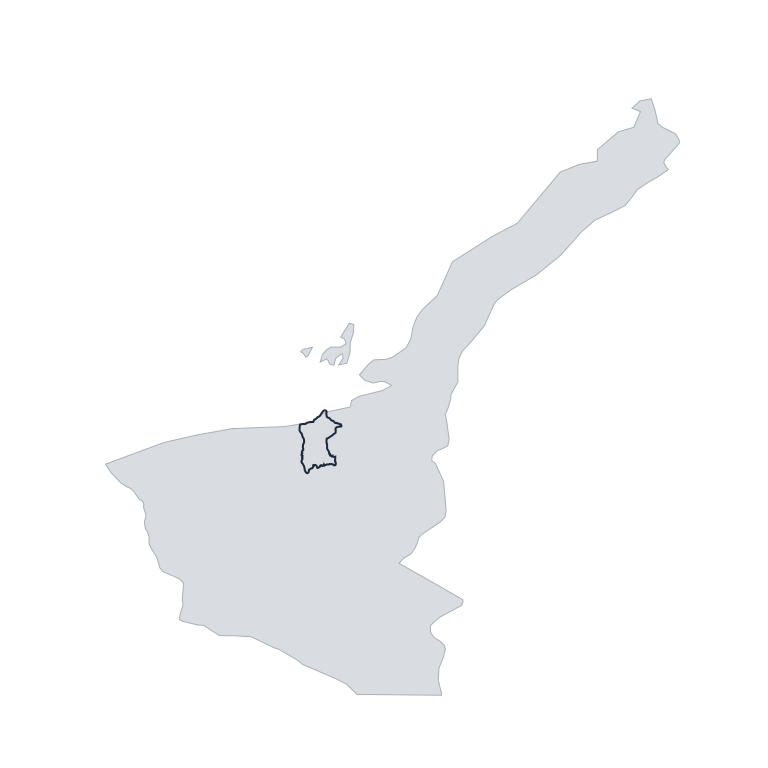 Shieb, Semenawi Keyih Bahri, Eritrea shown in context, rotated 276°
{"feature_id": "51966322B10496032300276", "entity_name": "Shieb", "entity_type": "district", "adm_level": 2, "iso_a3": "ERI", "parent_name": "Eritrea", "parent_adm1": "Semenawi Keyih Bahri", "projection": "orthographic", "projection_center": [39.092, 15.818], "detail": "fine", "context": "in_parent", "style": "outline", "palette": "slate", "viewbox_px": 768, "rotation_deg": 276, "n_neighbors": 0, "source": "geoboundaries", "source_scale": "gbopen_adm2", "svg_char_len": 7791}
<svg xmlns="http://www.w3.org/2000/svg" viewBox="0 0 768 768"><g transform="rotate(276 384 384)"><path d="M80.5,473.7L77.8,446.0L76.1,427.6L74.2,408.0L72.4,389.6L81.4,378.4L85.6,367.7L96.4,332.9L100.7,326.0L109.1,307.3L110.3,301.9L118.7,278.4L118.1,262.8L116.6,246.9L121.1,237.6L125.1,230.1L124.9,223.8L126.9,209.0L128.2,205.4L133.0,205.2L142.9,207.2L150.2,205.8L158.6,205.8L165.0,205.4L168.9,200.9L174.3,183.8L177.7,180.3L180.4,179.3L187.8,176.2L194.2,171.2L199.3,167.7L201.3,166.9L206.7,166.5L212.2,164.4L214.7,162.0L221.6,160.1L228.3,161.2L232.9,159.2L235.9,157.8L239.3,157.7L242.5,155.7L243.8,152.7L245.9,150.7L251.1,146.3L253.6,143.0L254.6,139.8L255.7,137.2L258.0,132.8L267.2,121.9L275.2,115.5L302.7,171.0L313.9,203.7L323.8,237.9L331.2,289.3L338.3,315.5L349.7,328.3L357.5,352.7L364.2,353.6L369.1,360.4L377.4,383.2L383.4,391.7L386.5,384.4L386.2,380.2L383.8,373.1L385.9,364.0L390.6,358.6L401.2,365.9L407.0,371.5L408.6,382.8L411.1,389.0L422.2,402.2L431.6,406.0L443.8,406.9L454.0,409.7L462.2,414.5L477.6,427.8L512.7,439.3L541.2,475.1L558.0,499.9L613.1,537.1L622.8,555.1L627.9,572.8L639.4,571.8L659.4,590.9L665.4,605.6L681.7,610.6L684.3,601.8L692.2,608.9L695.6,619.9L685.3,624.6L673.9,628.7L672.3,628.6L668.5,633.8L663.3,647.9L657.4,652.1L654.3,652.5L636.3,639.7L633.5,639.0L629.7,641.6L626.9,644.3L618.5,634.5L612.3,625.8L603.7,615.5L595.5,610.9L586.6,605.1L577.8,591.4L568.8,576.4L555.6,564.2L531.0,546.6L508.4,524.1L491.1,500.6L480.0,488.4L475.2,485.3L452.4,477.7L436.4,467.0L424.1,458.1L416.6,455.8L409.3,455.5L393.8,457.3L380.9,451.8L375.5,451.8L366.8,450.2L360.0,448.2L352.1,450.6L335.7,454.6L329.0,453.8L325.4,448.2L323.2,443.9L317.5,439.5L312.9,439.5L310.3,443.5L293.2,453.5L264.6,459.0L257.8,458.5L252.8,454.5L238.4,437.3L234.3,434.5L231.0,434.2L224.3,432.1L218.1,428.8L212.7,421.7L207.2,417.7L201.2,431.4L190.7,455.5L185.0,468.4L177.7,484.9L175.5,485.4L171.8,484.2L157.7,463.4L148.8,455.5L142.1,456.2L137.2,460.0L134.0,466.8L130.6,471.1L127.0,472.7L119.2,471.8L107.3,468.4L94.9,469.0L82.2,473.5L80.5,473.7ZM416.1,336.8L419.9,341.9L422.6,341.4L424.7,339.7L426.1,336.0L440.8,343.1L440.0,347.8L431.3,348.1L421.2,346.2L411.9,346.9L400.8,344.9L398.2,336.9L405.3,340.7L408.9,339.7L409.6,338.7L404.5,333.3L397.5,332.2L398.0,328.0L401.1,326.3L403.0,324.2L399.0,318.3L406.9,319.6L411.9,323.2L415.2,327.3L416.1,336.8ZM409.9,299.8L413.1,309.0L404.1,305.5L402.6,303.6L406.5,299.9L407.3,297.7L409.9,299.8Z" fill="#d9dde1" stroke="#a8b0b8" stroke-width="1"/><path d="M298.3,344.2L298.5,344.3L299.4,344.4L300.4,344.3L301.0,344.2L301.2,343.7L301.7,343.4L302.4,343.4L303.0,343.5L303.6,343.2L305.0,343.3L305.9,343.2L306.2,343.1L306.5,343.1L306.4,342.9L306.4,342.7L306.1,342.6L306.2,342.4L306.3,342.3L306.3,342.2L306.2,342.1L306.4,341.7L306.4,341.4L306.5,341.1L306.5,340.8L306.6,340.6L306.5,340.3L306.7,340.2L306.9,340.2L306.5,339.8L306.4,339.7L306.6,339.4L306.8,339.3L306.8,339.1L307.1,339.0L307.2,338.8L307.3,338.8L307.4,338.7L307.2,338.2L307.3,337.8L307.6,337.7L307.9,337.7L308.2,337.6L308.4,337.3L308.6,337.5L308.8,337.3L309.1,337.3L309.1,337.2L309.3,336.8L309.7,336.6L310.0,336.4L310.7,336.4L311.0,336.3L311.5,335.9L312.0,335.4L312.3,335.2L312.6,335.0L313.1,334.6L313.8,334.2L314.2,334.1L314.9,334.0L315.4,334.0L315.9,334.0L317.2,333.8L317.7,333.7L318.1,333.5L318.9,333.4L319.0,333.2L319.6,333.1L319.8,333.0L320.6,332.8L321.1,332.7L321.9,332.8L323.6,332.7L323.6,333.1L323.9,333.5L325.3,335.2L325.5,335.6L326.2,336.2L327.1,337.5L327.4,337.7L327.8,338.2L328.2,338.5L328.4,338.8L328.6,338.9L328.9,339.2L329.5,339.8L329.7,340.2L330.4,340.9L330.5,340.9L331.1,340.9L331.8,340.9L332.2,340.9L332.8,340.9L333.4,340.6L333.5,340.5L334.1,340.5L334.4,340.5L335.0,340.6L335.5,340.9L335.6,341.2L335.8,341.4L336.2,341.7L336.3,341.9L336.6,342.8L336.7,343.5L336.8,343.7L337.0,344.0L337.0,344.3L337.0,344.5L337.2,344.9L337.2,345.7L337.6,345.8L337.7,346.0L337.9,346.1L338.0,346.1L338.6,345.8L338.9,345.6L339.0,345.3L339.2,344.9L339.5,344.9L339.5,344.7L339.5,344.4L339.4,344.2L339.6,343.8L339.7,343.4L339.9,342.6L339.9,342.4L339.9,342.2L340.2,341.7L340.0,341.4L340.1,341.2L340.3,340.7L340.2,340.2L340.3,339.7L340.2,339.6L340.3,339.3L340.6,338.8L340.8,338.6L341.4,338.1L341.8,337.6L342.0,337.3L342.2,335.8L342.5,335.2L343.0,334.8L343.3,334.4L343.5,334.2L344.1,333.6L344.3,333.2L344.5,332.8L344.8,331.5L345.2,330.8L345.4,330.6L346.1,330.3L347.0,330.1L347.3,330.0L347.8,329.8L348.5,329.7L348.9,329.8L350.4,329.8L350.7,329.6L350.9,329.4L351.2,329.4L351.3,329.3L351.4,329.1L351.6,328.7L351.6,328.3L351.6,328.1L351.5,327.5L351.4,327.1L351.1,326.7L350.9,326.5L350.5,326.2L349.8,325.8L348.7,325.2L348.1,324.8L347.4,324.5L346.0,323.8L345.3,323.3L344.8,322.7L344.7,322.5L344.5,322.3L344.5,322.1L344.4,321.9L344.3,321.7L343.9,321.3L343.4,320.9L342.3,320.1L342.0,319.8L341.5,319.0L341.6,318.9L341.5,318.6L341.1,318.3L340.8,318.1L340.5,318.0L339.2,317.9L338.9,317.7L338.8,317.3L338.8,317.1L338.8,316.5L338.6,316.2L338.6,315.9L338.5,315.6L338.6,315.4L338.7,315.2L338.6,314.9L338.2,314.1L338.1,313.8L338.0,313.1L337.8,312.4L337.5,311.7L337.4,311.5L337.0,311.2L336.9,310.9L336.6,310.8L336.3,310.4L336.2,310.2L336.0,309.8L336.0,309.7L335.9,309.0L335.8,308.6L335.8,308.4L335.9,308.1L335.9,307.6L335.8,307.3L335.5,306.6L335.3,306.1L335.2,305.9L335.0,304.8L334.3,304.8L333.0,304.6L332.0,304.6L331.0,304.7L330.4,304.7L329.8,304.7L329.2,304.8L328.7,305.0L328.4,305.2L327.9,305.5L327.3,306.0L327.2,306.1L326.9,306.4L326.3,306.9L326.1,307.3L325.8,307.5L325.3,307.6L324.5,307.9L324.1,308.0L323.8,308.3L322.8,308.7L322.4,308.9L321.5,309.7L321.1,309.9L320.6,310.1L320.3,310.2L318.9,310.5L318.1,310.6L316.9,310.5L316.3,310.2L315.8,310.0L315.5,309.9L315.3,309.9L314.9,309.8L313.8,310.0L313.4,309.9L313.2,309.8L312.9,309.8L312.2,310.0L311.9,310.1L311.0,310.5L310.7,310.5L310.1,310.6L309.9,310.2L309.6,309.9L309.1,309.9L308.8,309.7L308.6,309.6L308.5,309.8L308.4,309.8L308.0,309.6L307.9,309.6L307.6,309.7L307.3,309.6L307.2,309.6L306.8,309.9L306.7,309.7L306.3,309.7L306.1,309.8L305.7,309.7L305.4,309.6L305.4,309.4L305.0,309.4L304.6,309.4L304.3,309.5L304.2,309.8L304.0,310.0L303.9,310.3L303.8,310.2L303.6,310.2L303.4,310.4L303.2,310.4L303.0,310.5L302.6,310.5L302.4,310.4L302.4,310.2L302.2,310.1L302.0,310.4L301.9,310.5L301.6,310.5L301.3,310.6L301.2,310.6L301.0,310.8L300.9,310.8L300.7,310.7L300.6,310.4L300.0,310.4L299.4,310.1L298.7,310.1L298.3,310.0L298.1,310.0L297.9,310.3L297.7,310.4L297.3,310.5L297.2,310.6L296.8,310.7L296.6,311.1L295.5,312.0L293.2,313.4L290.8,314.0L290.1,314.2L289.4,314.5L288.8,315.0L288.5,315.1L288.4,315.3L288.1,315.6L287.7,315.9L287.4,316.4L287.4,316.9L287.4,317.4L287.6,317.6L288.3,318.2L289.6,318.4L290.1,318.3L290.6,318.3L290.9,318.4L291.1,318.9L291.6,319.4L292.0,319.8L292.7,321.0L292.8,321.4L292.8,321.6L293.5,321.9L293.9,322.0L294.2,322.1L294.4,322.3L294.6,322.4L294.8,322.4L295.0,322.1L295.6,322.0L295.9,322.1L296.0,322.2L296.0,322.4L295.9,322.4L295.9,322.6L295.9,322.8L295.8,323.1L296.2,323.2L296.3,323.3L296.2,324.4L295.9,325.2L295.8,325.3L295.2,325.7L295.0,325.8L294.9,325.8L293.7,326.3L293.5,326.6L293.5,326.8L293.6,327.0L293.8,327.2L294.0,327.4L294.1,327.9L294.2,328.0L295.0,328.6L295.1,329.0L295.3,329.1L295.8,329.0L296.0,329.0L296.3,329.2L296.4,329.6L296.7,329.9L296.7,330.0L296.7,330.4L296.7,330.5L296.3,331.0L296.0,331.1L296.0,331.3L296.1,331.6L296.5,331.8L296.8,332.3L297.6,332.6L297.4,332.7L297.1,332.8L296.9,332.8L296.7,332.9L296.4,332.9L296.4,333.0L296.6,333.3L296.8,333.5L297.1,333.7L297.2,333.8L297.2,334.1L297.3,334.4L297.6,334.9L297.8,335.1L298.0,335.5L298.1,336.0L298.0,336.8L298.0,337.0L298.3,337.4L298.7,338.2L298.7,338.5L298.6,338.9L298.6,339.2L298.7,339.4L298.9,339.6L299.0,339.9L299.0,340.1L299.0,340.3L299.0,340.5L298.6,341.2L298.5,341.4L298.5,341.6L298.6,342.3L298.5,342.5L298.4,342.7L297.9,343.0L298.0,343.2L298.1,343.4L298.3,344.2Z" fill="none" stroke="#1e293b" stroke-width="2"/></g></svg>